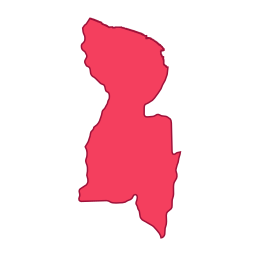 Ramón Santana, San Pedro de Macorís, Dominican Republic, rotated 178°
{"feature_id": "3306468B54245916691578", "entity_name": "Ramón Santana", "entity_type": "district", "adm_level": 2, "iso_a3": "DOM", "parent_name": "Dominican Republic", "parent_adm1": "San Pedro de Macorís", "projection": "equal_earth", "projection_center": [-69.151, 18.515], "detail": "fine", "context": "isolated", "style": "filled", "palette": "rose", "viewbox_px": 256, "rotation_deg": 178, "n_neighbors": 0, "source": "geoboundaries", "source_scale": "gbopen_adm2", "svg_char_len": 5705}
<svg xmlns="http://www.w3.org/2000/svg" viewBox="0 0 256 256"><g transform="rotate(178 128 128)"><path d="M98.8,17.1L97.5,17.4L96.3,18.2L95.4,19.5L95.0,20.6L94.4,26.5L93.2,30.2L93.0,31.4L92.8,33.4L92.8,39.4L92.3,41.7L91.5,42.8L87.7,45.8L86.9,47.2L86.7,49.0L86.5,52.9L86.3,54.8L85.1,58.5L84.8,60.4L84.6,67.8L84.4,69.7L84.1,71.0L83.7,72.1L81.3,76.0L80.8,77.8L80.8,80.2L81.6,83.6L81.5,85.1L80.3,89.1L79.1,92.1L78.2,96.2L77.0,99.8L76.5,102.2L79.9,101.6L82.1,100.3L82.9,100.1L83.7,100.3L84.1,100.6L84.6,101.6L84.8,102.7L84.8,104.6L84.5,131.5L84.8,134.0L85.5,135.5L87.7,137.2L88.9,138.0L89.9,138.3L94.1,139.0L96.5,140.2L97.4,140.5L98.7,140.4L101.1,139.1L102.5,138.7L107.8,138.4L109.2,138.5L110.1,138.8L110.8,139.4L111.4,140.8L111.1,147.9L110.8,149.7L110.0,151.0L106.8,152.4L102.6,154.9L100.5,157.0L96.6,161.9L93.7,166.0L92.0,169.8L89.3,174.3L87.3,179.4L86.9,180.7L86.0,187.2L86.3,187.2L86.3,187.5L87.3,187.5L87.4,188.0L87.8,188.0L87.8,188.5L88.0,188.5L88.0,188.8L88.8,189.0L89.0,189.5L89.3,189.5L89.3,189.8L89.5,189.8L89.7,190.3L89.9,190.3L89.9,190.8L90.1,190.8L90.1,192.8L89.9,192.8L89.9,194.6L90.1,194.6L90.1,195.1L90.3,195.1L90.3,195.9L90.5,195.9L90.5,196.4L90.1,196.7L90.1,197.9L91.2,197.9L91.2,198.2L91.4,198.2L91.6,199.2L91.8,199.2L91.8,199.5L92.0,199.5L92.0,200.0L92.6,200.5L92.6,201.2L92.4,201.2L92.4,201.7L92.6,201.7L92.6,202.3L92.7,202.8L92.7,203.3L92.4,203.3L92.4,203.5L92.0,203.8L92.0,204.0L92.0,204.5L91.0,204.5L90.9,204.0L90.7,204.0L90.7,204.3L90.1,204.3L90.1,204.5L89.5,204.5L89.5,204.8L89.3,204.8L89.3,205.3L89.5,205.3L89.5,205.8L89.9,205.8L89.9,206.1L90.3,206.3L90.3,206.8L90.5,206.8L90.5,207.1L90.9,207.3L91.0,207.9L91.4,207.9L91.6,208.4L91.8,208.4L92.0,208.9L92.2,209.1L92.6,209.1L92.7,209.6L93.1,209.6L93.1,209.9L93.3,209.9L93.3,210.1L93.9,210.1L93.9,210.4L94.3,210.4L94.4,210.9L94.8,210.9L94.8,211.2L95.2,211.4L95.2,211.7L95.6,211.7L95.8,212.2L96.0,212.2L96.0,212.4L96.3,212.4L96.5,212.9L97.1,212.9L97.3,213.5L97.7,213.5L98.2,213.7L98.2,214.0L98.6,214.0L99.0,214.5L99.2,215.0L99.9,215.0L100.1,215.5L100.5,215.5L101.1,215.7L101.1,216.0L101.8,216.0L101.8,216.5L102.2,216.5L102.2,216.8L102.6,216.8L102.6,217.0L103.4,217.0L103.4,217.3L103.5,217.3L103.5,217.0L104.3,217.0L104.3,217.3L104.7,217.3L104.7,217.5L105.1,217.5L105.1,217.3L105.3,217.3L105.4,216.8L106.6,216.8L106.6,217.0L106.8,217.0L106.8,217.8L106.6,217.8L106.6,218.0L106.2,218.3L106.2,219.3L106.4,219.3L106.4,219.6L108.3,219.6L108.5,220.1L109.2,220.3L109.2,220.6L109.6,220.6L109.6,220.8L110.0,220.8L110.0,221.1L110.6,221.1L110.6,221.3L110.9,221.3L110.9,221.6L111.3,221.6L111.3,221.9L111.9,221.9L111.9,222.1L112.6,222.1L112.6,222.4L113.2,222.4L113.2,222.6L114.0,222.6L114.0,222.9L114.5,222.9L114.5,223.1L115.3,223.1L115.3,223.4L115.9,223.4L115.9,223.6L116.6,223.6L116.6,223.9L117.2,223.9L117.2,224.1L117.9,224.1L117.9,224.4L118.5,224.4L118.5,224.7L119.3,224.7L119.3,224.9L120.0,224.9L120.0,225.2L120.8,225.2L120.8,225.4L121.5,225.4L121.5,225.7L122.3,225.7L122.3,225.9L122.9,225.9L122.9,226.2L123.6,226.2L123.6,226.4L124.4,226.4L124.4,226.7L125.1,226.7L125.1,226.9L125.9,226.9L125.9,227.2L126.7,227.2L126.7,227.5L127.4,227.5L128.2,227.7L128.2,228.0L129.7,228.2L129.7,228.5L130.5,228.5L131.2,228.7L131.2,229.0L132.7,229.0L136.9,229.2L137.7,229.0L137.7,228.7L139.4,228.7L139.4,229.0L139.7,229.0L140.1,229.2L140.1,229.5L143.0,229.5L143.0,229.2L143.3,229.2L143.3,229.5L143.9,229.5L144.3,229.7L144.3,230.0L145.0,230.3L145.0,230.5L145.4,230.5L145.4,230.8L145.8,230.8L145.8,231.0L146.2,231.0L146.2,231.3L146.7,231.3L146.7,231.5L147.3,231.5L147.3,231.8L147.9,231.8L147.9,232.0L149.0,232.3L149.0,232.5L149.6,232.5L149.6,232.8L150.0,232.8L150.2,233.3L150.5,233.3L150.5,233.6L150.7,234.1L150.9,234.1L150.9,234.3L151.5,234.3L151.5,234.6L152.1,234.6L152.1,234.8L152.6,234.8L152.6,235.1L153.4,235.1L153.4,235.3L154.0,235.3L154.0,235.6L154.5,235.6L154.5,235.9L155.1,235.9L155.1,236.1L155.7,236.1L155.7,236.4L156.2,236.4L156.2,236.6L156.8,236.6L156.8,236.9L157.4,236.9L157.4,237.1L157.9,237.1L157.9,237.4L158.5,237.4L158.5,237.6L159.1,237.6L159.1,237.9L159.8,237.9L159.8,238.1L160.6,238.1L160.6,238.4L161.3,238.4L161.3,238.7L162.1,238.7L162.1,238.9L162.3,238.9L163.6,236.9L166.1,233.4L167.8,232.2L169.8,229.5L169.5,225.8L169.1,224.1L168.1,221.6L167.9,220.4L167.9,218.6L168.2,216.8L168.7,215.9L169.6,214.8L170.9,213.7L171.4,212.9L171.7,211.9L171.7,210.8L171.6,209.6L171.0,208.1L170.0,207.0L168.6,205.9L168.1,205.2L166.7,202.1L166.7,200.5L167.4,199.1L168.4,197.4L168.8,196.5L168.9,195.4L168.7,194.5L167.7,192.3L167.2,191.5L165.1,190.4L164.2,189.4L163.8,187.9L163.4,183.9L163.0,182.8L162.5,181.9L161.5,180.8L159.9,179.8L158.7,178.7L154.1,173.8L153.3,173.2L150.9,172.1L150.3,171.5L149.7,170.0L149.2,167.2L148.9,166.2L148.4,165.4L146.9,164.5L145.9,163.4L145.5,161.7L145.5,159.9L145.7,158.1L147.0,155.7L147.8,153.0L148.3,152.2L149.0,151.1L150.5,148.5L152.6,146.4L153.1,145.5L154.0,141.8L156.2,136.0L157.4,134.0L158.9,132.3L162.1,129.9L162.3,128.9L163.0,127.6L165.1,125.4L165.6,124.0L166.2,121.2L168.1,116.0L169.0,114.4L171.4,110.7L170.2,107.9L169.8,105.4L169.8,103.6L170.0,101.7L170.2,100.6L171.1,98.1L171.4,96.5L171.1,94.8L170.1,91.7L169.9,89.7L170.0,86.3L170.8,82.2L169.9,78.3L169.9,75.9L170.4,74.3L171.6,72.6L177.6,69.0L178.3,68.4L178.8,67.6L179.0,66.2L178.6,64.0L178.5,62.9L178.6,61.9L179.5,59.3L179.4,57.7L178.8,56.9L177.5,56.3L152.1,56.2L150.1,55.8L147.3,54.2L145.8,53.8L142.6,53.5L136.0,53.6L133.4,54.1L131.0,55.4L127.9,56.5L126.4,57.7L125.0,60.1L124.4,60.8L123.2,61.2L122.4,61.0L121.6,60.4L121.4,60.0L121.1,58.4L121.5,56.2L122.5,53.4L122.6,51.9L121.5,49.7L120.8,46.8L119.6,44.5L119.0,39.5L118.7,38.2L118.2,37.3L116.9,35.7L107.1,29.6L105.8,28.5L103.0,25.2L100.4,21.7L99.3,19.4L98.8,17.1Z" fill="#f43f5e" stroke="#9f1239" stroke-width="1.5"/></g></svg>